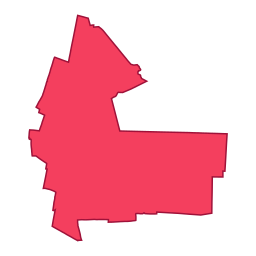 Gugesti, Vrancea, Romania
{"feature_id": "2599482B37813268107043", "entity_name": "Gugesti", "entity_type": "district", "adm_level": 2, "iso_a3": "ROU", "parent_name": "Romania", "parent_adm1": "Vrancea", "projection": "albers", "projection_center": [27.148, 45.569], "detail": "fine", "context": "isolated", "style": "filled", "palette": "rose", "viewbox_px": 256, "rotation_deg": 0, "n_neighbors": 0, "source": "geoboundaries", "source_scale": "gbopen_adm2", "svg_char_len": 4264}
<svg xmlns="http://www.w3.org/2000/svg" viewBox="0 0 256 256"><path d="M222.9,177.0L222.9,172.9L222.9,171.1L224.9,171.2L225.2,166.5L225.8,156.1L226.5,143.4L227.1,133.8L223.0,133.7L220.1,133.6L217.3,133.5L213.6,133.4L209.8,133.3L207.5,133.2L203.3,133.1L198.3,132.9L197.6,132.9L193.6,132.8L188.7,132.6L174.6,132.3L164.8,132.1L144.0,131.6L119.8,131.0L116.3,117.4L111.6,99.1L111.4,98.6L113.5,97.2L114.0,97.0L114.7,96.8L115.5,96.3L116.2,95.7L117.0,94.1L117.7,92.8L118.0,92.5L118.4,92.3L119.3,92.4L122.7,92.5L131.0,89.0L146.7,81.2L141.6,78.5L141.1,77.2L140.7,76.8L140.6,76.4L140.6,76.0L140.6,75.5L140.3,75.0L140.0,74.8L139.3,74.6L138.0,73.9L137.9,73.3L137.9,72.6L137.8,72.0L138.2,71.7L138.4,71.3L138.5,70.9L138.6,70.7L139.0,70.9L139.7,70.6L140.0,70.5L140.4,70.2L140.6,69.9L140.6,69.4L140.1,68.7L139.7,68.2L139.5,67.9L139.3,67.3L139.2,66.8L138.9,66.4L138.7,66.1L138.4,66.0L138.2,65.7L137.2,64.7L133.8,65.1L130.9,64.3L127.4,60.3L126.0,58.5L121.2,52.7L117.5,48.1L114.0,43.9L109.5,38.4L106.4,34.6L103.9,31.5L102.6,30.0L101.3,28.8L100.2,27.9L99.4,27.5L98.8,26.7L93.7,27.1L93.6,26.3L93.7,25.0L93.0,25.0L90.2,25.4L88.2,18.2L86.2,17.7L83.8,17.0L78.5,15.6L77.7,15.4L76.8,19.8L76.4,22.1L75.2,28.1L73.8,35.2L72.8,40.2L71.7,45.5L70.7,50.7L70.3,53.0L69.4,57.3L68.5,62.2L66.2,61.4L63.6,60.5L61.2,59.6L59.1,58.8L57.3,58.2L56.3,57.8L55.3,57.4L55.0,57.3L54.7,57.2L54.6,57.3L54.3,57.8L54.1,58.4L53.4,60.5L53.2,61.1L53.0,61.8L52.7,63.0L51.9,65.5L51.8,66.0L51.1,67.8L51.0,68.2L50.5,69.8L50.4,70.1L50.4,70.5L50.2,71.1L50.0,71.9L49.6,73.1L49.0,75.1L48.7,75.8L47.8,78.4L47.3,79.9L47.2,80.6L47.2,80.9L47.3,81.2L46.9,81.5L46.7,82.0L46.6,82.4L46.4,82.9L46.2,83.5L46.2,84.1L45.9,84.9L45.7,85.5L45.5,86.1L44.8,88.4L44.6,89.1L44.0,90.9L44.0,91.1L43.2,93.4L43.1,93.5L42.7,95.0L42.4,95.8L42.3,96.0L42.1,96.4L41.2,98.0L40.0,100.1L39.8,100.5L38.9,101.8L38.5,102.6L38.0,103.7L37.7,104.1L37.7,104.3L37.5,104.6L37.0,105.6L36.2,106.9L36.1,107.2L36.9,107.7L37.8,108.2L39.6,109.3L39.5,109.5L39.4,110.2L39.1,111.3L39.0,111.8L38.8,112.6L39.4,112.8L40.6,113.3L41.8,113.8L42.7,114.3L44.1,114.9L44.6,115.2L44.5,115.6L44.1,116.6L43.2,119.4L42.2,122.2L41.6,124.4L40.4,127.6L39.3,130.8L33.4,130.1L29.7,129.9L29.4,131.5L29.2,133.4L29.2,133.6L29.2,133.8L29.1,135.3L29.0,136.3L28.9,137.9L29.4,137.9L29.4,139.1L30.1,139.1L30.1,139.3L30.8,139.3L31.0,139.6L31.1,139.8L31.2,140.0L31.1,140.5L31.2,141.0L31.2,141.4L31.1,142.2L31.1,142.9L31.1,143.2L31.1,143.6L31.1,144.1L31.2,145.7L31.3,146.9L31.4,147.8L31.4,148.1L31.5,148.4L31.6,149.3L31.6,149.7L31.7,150.6L31.7,151.2L31.8,152.1L31.9,153.0L32.0,153.9L32.0,155.1L32.3,155.4L32.3,155.9L32.7,155.9L34.6,155.9L35.4,155.9L35.6,156.0L36.1,156.0L39.0,158.2L39.8,158.8L42.3,160.5L42.9,160.9L44.7,162.1L46.5,163.3L46.7,163.6L46.6,164.2L46.5,165.0L45.9,168.3L45.8,168.9L47.1,169.1L45.8,175.9L43.3,188.4L44.3,188.3L45.3,188.4L46.6,188.7L47.6,189.0L49.1,189.3L50.5,189.7L51.7,190.2L52.4,190.5L53.5,190.9L55.7,192.1L55.8,192.5L55.8,192.9L55.5,193.8L55.5,194.3L55.3,195.0L55.2,195.7L54.9,196.7L54.8,197.5L54.8,198.4L54.7,199.0L54.4,200.5L54.0,202.2L53.7,204.8L53.0,209.6L52.9,210.4L53.5,210.6L54.6,210.2L55.2,209.8L53.3,219.9L52.2,226.3L58.1,229.6L63.6,232.7L64.1,232.9L65.4,233.7L66.7,234.5L70.0,236.3L71.8,237.3L73.6,238.4L77.7,240.6L77.8,240.3L79.2,240.3L81.6,240.2L81.2,239.1L80.9,238.2L80.5,236.4L80.4,235.9L80.4,235.6L80.1,234.0L79.2,230.3L78.7,228.5L78.2,226.7L77.8,225.3L77.9,224.6L77.7,223.3L77.6,222.2L77.6,221.0L77.6,220.0L78.9,219.9L81.5,219.7L85.2,219.8L86.2,219.8L90.6,219.6L94.4,219.4L95.5,219.5L96.8,219.6L98.9,219.5L101.7,219.5L103.7,219.5L108.4,219.6L108.3,222.2L109.9,222.1L111.6,222.1L114.0,222.0L115.4,221.9L117.4,221.8L120.3,221.6L122.9,221.5L124.7,221.4L125.7,221.4L127.1,221.4L128.7,221.3L131.8,221.0L132.8,220.8L134.9,220.6L135.8,220.4L135.9,219.3L135.9,217.3L135.9,216.5L135.8,216.0L135.8,215.4L135.7,214.1L135.8,213.8L135.9,213.6L136.9,213.5L138.6,213.5L140.1,213.7L141.7,213.7L142.5,213.7L143.0,213.6L143.7,213.1L143.9,213.0L144.0,212.9L144.4,213.1L144.7,213.5L145.0,213.6L146.0,213.7L148.1,213.8L149.6,213.9L150.6,213.9L153.6,213.9L155.3,213.9L156.7,213.8L156.8,212.1L157.1,212.1L169.1,212.8L178.3,213.3L189.5,214.2L200.8,215.0L211.8,213.2L211.9,202.3L212.0,197.6L212.1,192.1L212.3,176.9L222.9,177.0Z" fill="#f43f5e" stroke="#9f1239" stroke-width="1.5"/></svg>